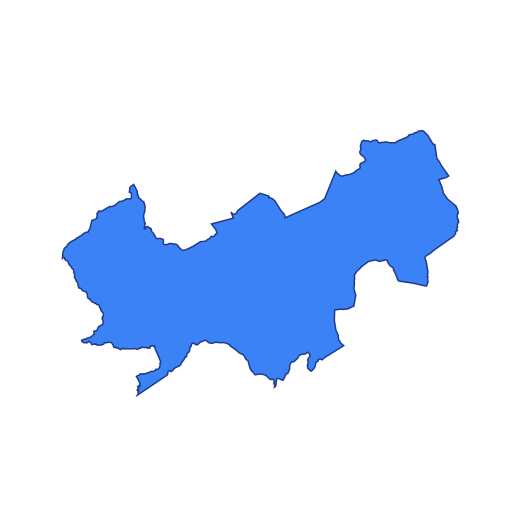 Coyomeapan, Puebla, Mexico, rotated 16°
{"feature_id": "50627088B96013313047300", "entity_name": "Coyomeapan", "entity_type": "district", "adm_level": 2, "iso_a3": "MEX", "parent_name": "Mexico", "parent_adm1": "Puebla", "projection": "natural_earth1", "projection_center": [-97.01, 18.286], "detail": "fine", "context": "isolated", "style": "filled", "palette": "blue", "viewbox_px": 512, "rotation_deg": 16, "n_neighbors": 0, "source": "geoboundaries", "source_scale": "gbopen_adm2", "svg_char_len": 6113}
<svg xmlns="http://www.w3.org/2000/svg" viewBox="0 0 512 512"><g transform="rotate(16 256 256)"><path d="M310.6,376.0L310.7,374.1L309.7,368.7L309.9,368.1L312.2,367.4L315.3,368.2L316.2,368.0L317.0,364.3L317.3,361.1L318.9,360.1L319.4,357.0L319.4,354.8L318.6,352.6L318.7,350.4L319.6,347.7L320.6,347.7L321.8,346.8L324.1,343.0L324.8,339.7L327.5,337.6L330.6,336.5L331.9,334.3L334.6,335.3L335.5,337.3L335.5,338.2L334.5,339.8L334.4,340.8L334.5,342.4L335.5,343.5L335.6,347.4L336.8,349.6L340.4,351.6L341.6,350.4L342.7,348.3L343.3,345.4L342.9,342.0L344.7,339.7L344.4,338.7L344.9,337.9L345.9,337.5L348.3,337.5L349.8,334.9L365.0,318.0L360.8,316.0L360.1,314.8L358.4,313.6L356.8,309.5L353.2,305.2L349.0,296.2L346.5,286.2L351.9,283.8L354.5,283.3L358.9,281.5L363.9,277.1L362.7,266.2L359.7,261.5L359.0,259.8L358.3,255.6L357.1,252.4L357.2,251.2L355.9,247.3L357.3,242.5L359.4,239.4L360.2,237.3L365.6,230.3L370.8,227.4L372.8,226.7L374.8,227.2L376.6,227.0L381.6,224.0L383.3,223.9L384.5,225.9L387.4,228.3L391.5,229.7L391.6,230.6L392.6,232.1L395.4,235.1L399.0,240.0L400.3,240.7L414.6,238.8L425.7,238.2L428.2,237.8L428.4,237.0L428.2,235.2L428.5,233.6L427.3,230.7L426.9,228.4L426.1,228.4L426.0,225.7L425.3,223.3L421.0,214.1L418.6,211.3L419.8,208.5L422.7,205.5L425.6,201.1L440.7,182.4L440.8,181.5L441.7,179.7L441.2,177.6L442.6,175.9L441.2,174.6L441.8,172.9L440.8,170.0L441.5,167.5L441.3,166.9L440.5,166.4L440.5,165.5L438.8,163.6L438.0,161.2L438.4,160.1L438.1,159.4L438.6,158.8L436.9,155.9L434.3,152.8L424.4,148.5L418.9,143.9L415.7,138.5L411.5,133.1L410.5,132.3L417.0,128.3L419.2,125.9L408.7,117.6L407.1,115.6L402.8,112.1L397.2,99.5L396.4,99.9L394.8,99.2L388.3,93.0L383.6,90.3L381.4,89.5L380.1,90.3L378.0,90.9L376.9,92.7L374.7,93.7L373.5,95.4L369.8,97.3L369.1,99.2L368.1,100.4L361.6,105.5L358.2,108.9L353.7,110.2L349.7,110.5L342.8,113.4L340.3,111.4L338.9,111.6L336.2,113.1L334.9,114.6L331.9,114.5L330.0,114.9L329.4,115.5L327.8,115.0L326.5,116.1L326.1,117.2L326.1,120.6L326.2,122.0L327.5,124.4L327.0,126.1L327.5,128.5L328.6,129.5L333.0,131.2L335.1,133.9L334.2,135.5L331.2,138.0L330.7,139.1L330.9,140.5L331.8,142.0L331.6,143.6L329.6,145.2L327.2,148.8L324.0,151.6L319.8,153.5L317.1,155.4L315.1,155.7L310.5,153.6L309.3,152.5L306.2,182.1L302.4,187.0L273.4,211.3L272.9,209.8L271.5,208.0L267.0,205.1L258.9,197.7L256.2,196.5L253.2,196.1L252.1,196.5L251.9,194.9L242.5,194.6L225.8,217.6L225.3,220.6L222.4,222.3L219.9,220.6L223.7,225.9L204.3,237.5L210.1,241.7L211.9,244.3L212.0,245.0L210.8,246.7L210.3,248.5L209.1,249.4L207.7,249.3L206.4,252.3L205.1,253.2L203.5,255.7L198.7,257.5L192.9,264.0L188.6,267.9L186.2,269.8L184.7,270.5L182.9,270.6L179.8,269.1L178.9,268.1L176.2,266.7L169.5,267.7L167.0,269.8L164.1,270.2L162.9,268.9L163.0,267.1L162.1,265.6L158.9,265.5L155.7,266.7L155.0,266.4L153.3,264.4L152.3,264.1L151.5,262.6L149.3,261.5L147.6,258.7L146.9,258.9L146.2,258.3L143.5,257.6L142.5,258.2L141.8,260.4L141.1,260.8L140.5,255.1L139.6,254.3L137.7,250.6L136.7,247.6L136.7,243.0L136.0,240.8L135.9,239.3L135.1,238.3L134.9,237.2L133.8,236.3L133.4,234.9L131.1,234.4L129.6,233.3L126.7,232.1L126.6,230.9L125.6,230.4L125.6,229.6L124.7,229.1L124.0,226.5L118.7,220.9L116.0,224.4L115.9,225.7L116.3,226.8L116.6,229.5L118.8,229.9L120.2,234.1L119.7,235.7L115.6,236.8L113.2,239.7L109.5,241.4L106.9,245.6L103.7,248.3L102.3,248.5L101.1,249.3L95.5,255.3L92.5,256.1L92.7,256.7L92.2,257.1L91.4,259.1L92.3,261.3L92.3,263.9L91.2,265.2L88.5,266.9L88.8,274.9L87.9,279.4L86.3,279.9L84.1,281.9L82.2,284.8L81.1,285.6L80.3,287.0L78.8,288.0L77.9,289.7L73.7,293.7L71.9,296.6L71.5,298.9L69.7,301.3L69.4,305.9L70.6,311.6L71.2,310.8L72.7,310.4L73.0,311.7L74.2,312.5L76.3,312.8L79.3,316.3L80.9,316.9L83.0,319.0L84.1,319.2L84.9,320.3L85.2,322.0L86.4,323.2L87.4,325.8L87.3,326.5L89.4,328.4L90.2,329.8L91.8,330.6L94.3,335.5L96.7,335.5L98.6,337.1L102.7,337.4L104.3,339.0L105.6,342.4L106.8,343.1L107.7,342.7L108.3,343.6L109.2,343.9L110.2,344.8L112.0,345.5L112.9,345.3L114.3,346.0L114.9,345.6L116.8,346.6L118.3,346.3L119.6,347.7L120.1,348.9L121.4,349.5L121.8,351.0L125.1,353.2L125.8,355.7L125.1,357.3L125.7,357.6L125.5,359.0L127.2,360.7L127.6,364.1L125.2,366.1L124.0,367.9L123.6,371.3L120.8,373.2L122.0,375.5L120.3,378.3L119.0,379.9L116.2,381.6L115.1,383.0L113.4,383.5L112.7,384.8L111.7,384.8L111.7,385.5L112.2,386.0L113.9,386.8L116.9,386.2L117.8,385.8L118.9,384.2L119.4,384.1L121.2,385.0L122.7,386.5L124.3,385.4L125.8,385.3L125.9,384.7L128.2,385.5L128.4,385.1L131.1,384.5L132.7,383.6L134.0,382.5L134.2,380.9L135.7,380.9L137.6,379.7L140.3,379.1L141.1,379.3L142.8,380.6L144.6,382.9L145.9,382.9L146.4,382.2L148.0,382.9L148.9,382.6L151.5,383.4L152.6,382.5L152.8,381.5L155.5,381.6L156.7,380.9L162.4,379.5L164.9,378.3L166.7,378.5L168.6,377.9L169.7,376.4L170.8,376.1L170.9,375.4L171.4,375.0L174.0,374.9L175.4,374.1L177.1,374.5L177.8,373.7L178.5,374.1L178.9,373.5L179.4,373.6L179.5,372.9L179.2,371.8L179.7,371.8L181.3,370.5L182.7,371.1L183.2,370.6L183.7,370.6L183.7,371.5L184.0,371.5L184.6,372.8L193.7,384.1L193.2,385.6L193.8,386.6L194.0,389.6L193.2,391.5L192.6,392.2L190.9,392.5L190.8,393.6L189.0,395.3L186.8,395.9L185.2,397.7L184.7,397.7L182.4,399.5L180.4,400.2L180.3,400.7L178.0,400.9L178.0,401.2L177.0,401.6L176.9,402.2L174.2,404.7L179.3,409.9L179.3,410.7L180.3,413.0L179.8,412.8L179.2,414.0L178.6,413.5L178.3,414.4L179.8,415.9L180.3,417.8L179.1,417.7L179.3,417.0L178.9,416.9L178.7,417.5L180.4,419.0L180.6,420.8L180.3,422.5L203.7,394.6L203.2,391.1L205.1,389.9L206.2,390.6L206.7,390.2L209.2,385.6L212.7,382.7L213.5,381.4L214.0,378.8L215.4,375.1L215.6,372.7L216.5,372.7L216.9,370.8L216.6,369.2L218.1,366.2L218.2,364.0L217.8,363.8L217.8,362.6L217.9,361.7L218.4,361.4L218.4,358.5L218.8,357.3L221.5,357.1L221.9,357.7L224.2,357.6L225.7,354.7L229.0,351.9L230.7,351.0L232.7,351.2L233.8,352.3L236.1,352.3L237.7,352.0L241.3,349.9L244.9,349.4L248.5,348.2L251.0,348.0L255.1,348.5L256.0,349.6L261.8,351.5L266.8,353.8L270.7,354.3L272.7,355.7L274.4,357.7L277.3,359.1L281.2,365.6L284.0,368.1L285.4,368.5L287.0,370.0L288.2,370.4L291.8,368.4L296.4,367.8L298.4,368.0L303.9,370.8L306.4,369.7L308.1,371.3L308.2,373.4L309.4,374.7L309.9,377.0L310.6,376.0Z" fill="#3b82f6" stroke="#1e3a8a" stroke-width="1.5"/></g></svg>